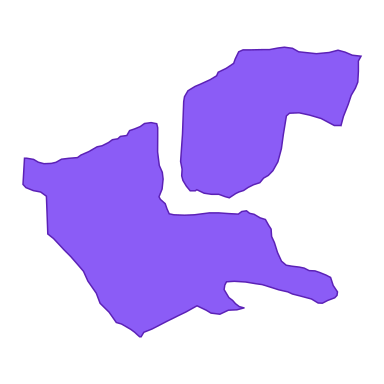 Nacka, Stockholm, Sweden (Albers equal-area conic projection)
{"feature_id": "70781695B29923564052107", "entity_name": "Nacka", "entity_type": "district", "adm_level": 2, "iso_a3": "SWE", "parent_name": "Sweden", "parent_adm1": "Stockholm", "projection": "albers", "projection_center": [18.245, 59.301], "detail": "fine", "context": "isolated", "style": "filled", "palette": "violet", "viewbox_px": 384, "rotation_deg": 0, "n_neighbors": 0, "source": "geoboundaries", "source_scale": "gbopen_adm2", "svg_char_len": 2473}
<svg xmlns="http://www.w3.org/2000/svg" viewBox="0 0 384 384"><path d="M244.5,307.8L243.7,307.8L239.3,306.6L235.5,303.7L232.6,300.4L228.9,297.6L226.5,293.6L224.1,289.6L224.8,285.1L226.5,281.8L234.3,281.3L245.6,282.0L255.8,283.7L262.2,284.6L272.8,287.9L278.7,289.8L287.9,291.9L292.4,294.0L299.9,295.9L311.5,299.0L318.1,303.0L322.4,303.2L327.8,300.4L334.7,297.8L337.0,295.4L337.5,291.9L333.2,285.5L330.6,277.5L326.1,275.1L319.7,272.5L315.0,270.9L309.1,270.6L304.2,268.1L299.4,267.1L291.9,266.2L286.2,265.2L281.5,261.2L277.5,252.5L274.4,242.6L271.6,236.5L271.1,229.1L268.7,225.4L265.4,219.5L260.0,217.8L254.1,214.3L249.6,213.3L246.5,210.8L241.8,211.5L238.3,214.1L228.8,213.6L218.9,212.9L209.3,212.9L199.8,214.1L194.4,214.8L184.7,215.2L173.9,214.8L169.2,213.8L167.0,208.9L165.2,203.7L160.4,199.4L159.0,196.8L162.1,189.0L163.1,179.1L162.3,172.3L159.3,165.5L157.6,152.0L157.7,136.5L157.7,127.7L156.7,123.7L151.1,122.6L144.5,123.5L140.2,126.6L134.6,128.9L129.6,130.6L126.8,135.5L120.4,136.4L117.8,138.8L112.4,139.7L108.6,142.5L102.0,145.8L97.1,146.8L93.8,148.7L88.6,151.7L81.0,155.0L77.5,157.6L68.8,158.3L61.5,159.2L56.0,162.3L51.3,163.4L44.0,163.7L38.3,162.2L33.6,159.4L26.6,158.2L24.5,158.2L23.0,184.4L25.9,187.6L33.3,190.6L40.6,192.0L46.4,196.2L46.9,209.0L47.8,234.0L53.5,238.5L64.4,250.2L70.7,256.5L77.5,264.3L83.5,271.3L87.9,281.1L96.3,293.2L100.1,303.3L109.1,312.2L116.3,322.5L121.5,324.0L130.8,329.4L134.6,332.2L137.3,334.7L139.7,336.8L141.1,336.8L143.8,332.3L152.0,329.0L167.1,321.2L178.2,315.7L185.9,312.0L191.8,308.7L197.0,305.8L206.2,310.2L211.0,313.1L219.9,314.2L228.4,310.2L236.9,309.8L244.5,307.8ZM361.0,56.2L359.3,56.0L352.3,55.2L345.0,52.1L338.0,50.2L329.2,52.5L316.4,53.7L298.7,51.8L292.5,48.3L284.4,47.2L278.1,48.0L269.5,49.6L263.2,49.6L250.2,49.9L243.0,49.9L238.7,51.8L235.2,59.0L233.7,63.3L226.1,68.4L218.2,72.2L216.6,75.8L209.9,79.8L200.1,84.3L195.1,86.4L188.0,90.7L184.5,96.7L183.7,101.6L182.5,134.1L180.6,161.5L182.1,169.2L181.7,175.8L182.9,180.4L186.4,186.2L190.2,190.8L195.3,190.8L196.8,189.7L204.1,193.2L211.5,194.3L218.8,194.3L225.0,196.6L229.3,197.8L235.8,193.5L238.9,192.0L243.6,190.5L248.2,187.4L253.6,184.7L259.8,182.7L263.6,178.1L268.3,175.4L272.9,170.7L277.9,161.8L281.4,148.7L283.3,134.8L286.4,115.9L289.5,113.2L299.1,112.8L309.6,115.1L321.1,118.5L327.7,122.0L334.3,125.5L340.5,125.5L341.0,125.6L343.4,116.5L348.2,104.4L351.2,95.3L355.4,88.1L357.8,82.1L358.4,71.2L358.4,61.0L361.0,56.2Z" fill="#8b5cf6" stroke="#5b21b6" stroke-width="1.5"/></svg>